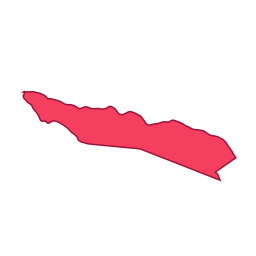 Mavay, Choiseul, Saint Lucia (Natural Earth projection), rotated 118°
{"feature_id": "8701671B50877038935662", "entity_name": "Mavay", "entity_type": "district", "adm_level": 2, "iso_a3": "LCA", "parent_name": "Saint Lucia", "parent_adm1": "Choiseul", "projection": "natural_earth1", "projection_center": [-61.034, 13.806], "detail": "fine", "context": "isolated", "style": "filled", "palette": "rose", "viewbox_px": 256, "rotation_deg": 118, "n_neighbors": 0, "source": "geoboundaries", "source_scale": "gbopen_adm2", "svg_char_len": 5884}
<svg xmlns="http://www.w3.org/2000/svg" viewBox="0 0 256 256"><g transform="rotate(118 128 128)"><path d="M160.8,156.1L158.9,151.2L140.8,107.7L130.9,22.2L128.6,24.9L126.6,27.5L126.3,28.3L125.9,30.2L103.6,18.8L102.6,20.8L101.8,22.3L101.5,22.8L101.0,23.6L100.7,24.1L100.2,24.7L99.4,26.1L98.5,27.8L98.2,28.4L97.8,29.3L97.0,30.8L96.9,31.1L96.8,31.4L96.5,31.8L96.0,32.7L95.8,33.2L95.2,34.0L94.9,34.7L94.6,35.3L94.5,35.5L93.9,37.6L93.8,38.2L93.6,38.8L93.5,39.1L93.5,39.6L93.5,40.9L93.6,42.8L93.6,44.2L93.6,44.5L93.8,45.4L94.0,46.5L94.2,46.9L94.8,49.0L95.3,50.3L95.5,50.9L95.7,51.5L95.7,52.2L95.7,52.9L95.7,53.8L95.7,54.3L95.7,54.6L95.5,56.0L95.4,56.9L95.3,57.4L95.2,58.1L95.1,58.8L95.1,59.8L95.1,60.1L95.3,61.1L95.7,62.2L96.0,63.0L96.2,63.6L96.3,64.1L96.5,64.7L96.6,65.0L96.9,65.7L97.2,66.4L97.6,67.3L97.7,67.6L97.9,68.0L98.1,68.6L98.2,68.9L98.4,69.5L98.6,70.1L98.7,70.9L98.7,71.2L98.7,73.0L98.7,73.4L98.7,74.6L98.7,75.8L98.7,76.5L98.8,76.9L98.8,77.4L98.9,78.0L98.8,81.1L98.7,81.4L98.7,81.8L98.7,82.6L98.6,83.3L98.6,83.9L98.8,85.4L98.8,85.7L98.8,86.0L99.0,86.7L99.0,87.1L99.3,88.7L99.4,89.5L99.5,90.2L99.6,90.7L99.7,91.0L99.8,91.4L100.0,92.0L100.3,92.4L100.6,92.9L101.3,93.3L101.8,93.7L102.0,93.8L103.0,94.4L103.4,94.7L103.6,94.9L103.7,95.2L104.0,95.6L104.2,96.2L104.4,96.6L104.7,97.1L105.0,97.6L105.1,97.8L105.2,98.1L105.3,98.6L105.4,98.8L105.6,99.2L105.8,99.5L106.3,100.0L107.6,101.2L108.3,102.0L108.9,102.6L109.1,102.8L109.3,103.0L109.8,103.5L110.1,103.9L110.3,104.2L110.6,104.5L111.1,105.4L111.5,105.8L112.0,106.5L112.3,106.9L112.6,107.3L113.0,107.7L113.4,108.1L113.6,108.4L114.1,108.9L115.2,110.1L115.4,110.4L115.6,110.7L115.7,111.4L115.8,111.7L115.8,112.9L115.7,113.6L115.6,113.9L115.4,114.6L115.2,114.9L114.7,115.8L114.1,116.9L113.8,117.5L113.4,118.5L112.8,119.8L112.6,120.0L112.5,120.4L112.2,121.0L111.7,122.1L111.7,122.4L111.6,122.8L111.6,123.5L111.6,129.2L111.6,129.5L111.9,131.3L112.0,131.8L112.1,132.6L112.2,133.0L112.3,133.3L112.6,134.0L112.8,134.2L113.5,135.0L113.8,135.3L114.5,135.9L114.7,136.0L115.5,136.6L115.8,136.8L116.0,137.0L116.8,137.4L117.3,137.8L117.7,138.2L118.2,138.6L118.4,138.8L118.7,139.1L118.8,139.5L119.1,140.2L119.4,140.7L119.7,141.6L119.8,141.9L119.8,142.3L119.7,142.6L119.7,143.0L119.6,143.3L119.5,143.6L119.3,143.9L118.3,145.8L117.8,147.0L117.6,147.5L117.4,148.1L117.2,148.9L117.0,149.4L116.9,150.3L116.9,151.5L116.9,152.4L116.9,152.7L117.0,153.2L117.0,153.5L117.2,153.8L117.3,154.1L117.5,154.3L117.8,154.5L118.0,154.7L118.6,155.1L118.9,155.3L119.2,155.6L119.8,155.8L120.2,156.1L120.5,156.2L120.9,156.5L121.1,156.7L121.3,156.9L121.7,157.4L122.5,158.4L122.8,158.7L123.0,158.9L123.4,159.5L123.6,159.8L123.8,160.5L124.0,161.1L124.2,162.2L124.4,162.7L124.6,163.0L124.8,163.4L125.0,163.8L125.3,164.4L126.1,165.6L126.5,166.1L126.8,166.6L127.3,167.6L127.7,168.4L127.9,169.1L128.1,170.0L128.3,171.2L128.4,171.7L128.4,171.9L128.4,172.7L128.7,174.1L129.2,175.4L129.4,175.7L129.8,176.2L130.2,176.7L130.5,176.9L131.0,177.2L131.2,177.4L131.6,177.8L132.4,178.4L132.8,178.8L133.0,179.0L133.5,179.6L134.0,180.3L134.0,180.9L134.0,181.2L133.8,182.1L133.6,183.0L133.5,183.9L133.5,184.5L133.6,185.2L133.6,186.0L133.7,186.3L133.8,187.5L133.9,188.0L134.1,188.8L134.1,189.0L134.2,189.3L134.3,189.6L134.5,190.0L134.7,190.3L135.6,192.1L135.8,192.5L136.1,193.2L136.3,193.9L136.4,194.5L136.6,195.7L136.6,196.9L136.5,197.1L136.5,197.5L136.4,198.5L136.4,199.3L136.4,200.5L136.4,201.0L136.5,201.2L136.5,201.5L136.6,201.9L136.6,202.2L136.7,202.5L136.8,203.1L137.1,204.6L137.6,206.7L137.7,206.9L137.7,207.3L138.0,208.1L138.0,208.3L138.4,209.6L138.6,210.2L138.7,210.6L138.9,211.0L139.1,211.3L139.5,211.9L139.7,212.2L139.8,212.7L139.6,213.2L139.5,213.8L139.4,214.0L139.3,214.3L138.9,215.3L138.6,215.9L138.5,216.2L138.5,216.4L138.4,216.8L138.4,217.2L138.5,219.3L138.5,219.6L138.5,219.8L138.6,221.0L138.7,221.5L138.7,221.8L138.7,222.1L138.8,222.4L138.8,222.7L138.9,223.1L139.1,223.7L139.3,224.1L139.3,224.4L139.7,225.7L139.9,226.3L140.0,227.1L140.2,227.9L140.5,228.6L140.6,228.9L140.9,229.5L141.2,230.0L141.3,230.2L141.7,230.8L142.2,231.7L142.9,232.9L143.1,233.3L143.5,234.0L144.1,235.2L144.2,235.5L144.3,236.2L144.3,236.6L145.3,237.2L144.9,236.5L145.7,236.1L146.1,235.9L146.7,235.7L147.0,235.6L147.3,235.5L148.4,235.7L148.7,235.7L149.0,235.5L149.6,235.0L149.8,234.8L150.3,234.3L150.6,233.8L150.7,233.5L150.8,233.3L151.0,232.9L151.1,232.3L151.3,231.8L151.9,230.3L152.0,230.0L152.2,229.7L152.3,229.4L152.5,228.7L152.5,228.4L152.6,227.4L152.6,226.7L152.7,226.2L152.7,225.9L152.8,225.2L153.0,224.3L153.2,224.0L153.3,223.7L153.5,223.5L153.8,223.0L154.4,222.2L154.8,221.7L155.1,221.2L155.5,220.2L155.8,219.6L156.0,219.2L156.8,217.4L156.9,217.1L157.1,216.7L157.2,216.3L157.4,215.8L157.9,214.8L158.5,213.8L158.9,213.1L159.3,212.5L159.9,211.7L160.5,211.0L161.0,210.5L161.4,210.0L162.1,209.0L162.3,208.7L162.4,208.4L162.5,208.0L162.5,207.7L162.4,207.3L162.2,207.0L161.9,206.5L161.4,205.5L161.1,205.0L161.0,204.7L160.9,204.3L160.7,203.8L160.7,203.4L160.8,203.2L161.3,202.4L161.4,202.1L161.5,201.8L161.4,201.4L161.3,201.1L161.0,200.5L160.6,199.9L160.4,199.8L160.1,199.6L159.7,199.3L159.1,199.1L158.8,198.9L157.8,198.3L157.5,198.1L157.2,197.8L157.0,197.5L156.9,197.3L156.3,196.2L156.2,195.9L156.1,195.5L156.0,195.2L155.7,193.9L155.6,193.5L155.5,192.4L155.5,190.6L155.5,190.3L155.5,189.9L155.5,189.7L155.6,188.9L155.6,188.5L155.6,188.2L155.7,187.7L155.7,187.2L155.8,186.5L155.9,185.4L156.0,184.7L156.0,184.3L156.1,183.6L156.2,182.8L156.4,181.7L156.6,181.0L156.7,180.7L157.0,179.8L157.3,178.9L157.3,178.7L157.8,177.5L158.1,176.6L158.3,176.0L158.4,175.6L158.5,174.9L158.7,173.0L159.0,171.7L159.2,170.9L159.6,169.6L160.1,168.4L160.3,168.1L160.5,167.9L161.4,167.0L161.7,166.7L161.9,166.2L162.0,165.9L162.2,165.3L162.2,164.9L162.3,164.3L162.3,163.5L162.2,162.5L162.2,162.2L162.0,161.2L161.9,160.9L161.6,159.9L161.6,159.5L161.2,157.8L160.8,156.1Z" fill="#f43f5e" stroke="#9f1239" stroke-width="1.5"/></g></svg>